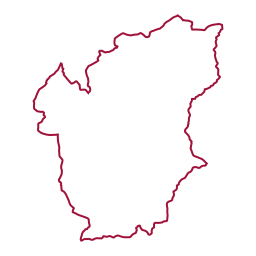 outline of Na Mom, Songkhla, Thailand
{"feature_id": "78962969B5243255389589", "entity_name": "Na Mom", "entity_type": "district", "adm_level": 2, "iso_a3": "THA", "parent_name": "Thailand", "parent_adm1": "Songkhla", "projection": "orthographic", "projection_center": [100.569, 6.95], "detail": "fine", "context": "isolated", "style": "outline", "palette": "rose", "viewbox_px": 256, "rotation_deg": 0, "n_neighbors": 0, "source": "geoboundaries", "source_scale": "gbopen_adm2", "svg_char_len": 5695}
<svg xmlns="http://www.w3.org/2000/svg" viewBox="0 0 256 256"><path d="M222.0,24.9L219.7,24.1L218.8,24.0L214.1,24.6L211.4,25.2L208.6,26.3L206.6,27.8L205.0,29.8L204.1,30.2L201.4,29.8L196.4,29.5L192.3,29.6L192.1,29.4L191.9,29.0L191.7,27.5L191.3,26.1L192.2,24.6L192.1,22.2L190.1,21.3L188.4,20.7L185.4,20.5L183.6,20.1L183.0,20.3L181.8,18.7L180.5,17.3L178.9,16.3L177.7,15.4L176.7,16.1L174.4,16.9L172.9,17.7L169.3,20.4L166.5,22.0L164.6,23.6L163.5,25.5L162.8,26.3L160.0,28.5L158.6,29.0L157.1,29.3L156.5,29.6L155.6,29.8L154.3,30.5L152.8,30.9L150.4,32.0L150.0,32.8L149.3,36.0L148.7,36.7L147.9,37.0L146.7,37.1L145.5,36.8L143.2,34.6L141.3,33.3L140.7,33.1L139.9,33.3L138.1,34.3L137.1,34.5L134.0,34.7L130.9,35.4L128.7,35.1L127.3,34.8L126.1,34.4L123.5,33.3L122.4,33.4L118.4,35.8L114.9,38.4L114.4,41.8L114.6,44.1L115.2,45.5L116.8,46.1L117.5,46.5L117.0,47.6L116.7,47.8L115.5,47.9L113.9,49.0L113.5,49.7L112.8,50.3L111.5,50.7L109.9,51.6L108.5,52.0L106.3,52.1L105.4,52.5L103.3,51.6L102.9,51.2L102.4,51.2L101.9,50.7L101.6,50.8L100.2,50.8L99.4,51.1L99.2,51.5L99.2,52.0L99.7,53.2L100.0,54.2L100.4,54.9L98.5,56.8L97.6,58.7L97.6,58.9L98.2,59.9L98.3,60.5L97.6,61.1L94.5,63.0L91.0,64.9L89.2,65.7L88.6,66.1L88.0,66.8L86.6,69.2L86.0,70.3L86.0,72.0L87.0,76.1L87.8,77.6L88.1,78.7L88.4,81.4L88.3,82.4L87.8,84.3L87.8,85.4L88.3,86.4L89.2,86.7L89.7,87.2L90.2,89.1L90.2,90.2L90.0,91.1L88.7,92.4L88.3,93.0L87.7,92.2L86.9,91.5L86.3,90.5L85.2,89.7L84.3,89.6L80.9,89.8L80.4,89.7L80.0,88.9L79.9,88.1L79.6,84.9L76.6,81.4L76.1,81.3L75.6,81.5L74.1,82.6L71.9,83.6L71.5,83.6L71.1,83.4L67.5,79.3L63.7,74.7L63.6,74.3L63.9,73.6L63.8,73.0L63.5,72.5L62.7,71.9L62.5,71.5L62.6,70.8L63.3,68.8L62.5,68.4L62.0,65.2L61.6,63.7L60.9,63.4L59.3,67.1L57.9,69.9L55.8,71.8L54.2,73.8L49.8,76.6L49.3,77.8L48.4,78.5L47.9,79.2L47.3,79.5L47.1,80.2L46.6,80.7L46.5,81.3L46.0,82.6L46.5,83.3L45.8,84.4L44.7,85.7L39.2,89.5L37.2,93.5L35.3,98.6L34.2,100.1L33.6,101.3L34.1,102.1L34.2,102.8L33.9,107.6L34.5,109.1L35.9,110.1L37.1,111.2L40.7,111.9L42.5,111.7L43.7,112.4L44.0,112.9L43.6,114.7L43.7,115.2L44.5,115.7L45.0,116.8L44.9,117.3L43.0,119.0L41.7,121.7L40.8,122.3L39.0,123.1L38.2,123.9L38.3,126.4L38.0,130.2L38.9,131.3L40.9,132.7L42.9,133.6L46.7,134.6L49.5,135.0L55.6,134.8L57.8,134.5L57.8,137.4L58.0,140.7L58.4,143.0L59.3,147.2L59.1,150.7L59.4,155.4L59.8,156.6L62.3,159.5L62.5,160.2L62.4,161.4L61.2,166.0L61.2,168.3L61.9,170.4L61.8,173.0L61.2,175.4L60.4,176.8L59.7,178.4L59.0,179.4L58.9,179.7L59.2,181.4L59.4,181.7L60.4,182.1L60.8,182.6L61.1,183.3L60.9,184.1L60.9,184.9L61.4,185.5L61.3,187.0L61.5,188.3L61.6,190.2L62.0,190.6L64.0,191.7L65.2,193.2L66.2,194.9L68.8,200.7L69.5,203.0L70.3,204.8L71.2,205.8L73.8,208.1L73.8,208.6L73.1,209.7L72.9,210.3L72.7,211.7L72.8,212.2L75.0,213.1L77.6,214.5L79.3,215.2L85.3,217.3L87.2,218.1L88.1,218.6L88.7,219.5L89.0,223.1L89.7,225.3L89.6,226.2L89.3,226.7L87.9,227.7L87.1,228.9L86.8,229.2L85.7,229.2L85.4,229.3L84.4,230.6L83.3,231.5L82.9,232.1L82.1,233.8L81.8,235.1L80.9,238.0L80.7,239.3L80.9,240.1L81.1,240.5L81.5,240.6L82.0,240.5L83.7,239.4L84.5,239.0L86.2,239.1L88.8,238.9L89.7,239.1L91.2,239.7L91.9,239.8L93.0,239.7L94.6,238.8L96.2,238.3L97.2,238.2L101.4,238.4L102.5,237.8L103.2,236.4L103.5,236.2L106.1,236.7L107.1,236.7L109.4,236.1L110.0,236.0L113.0,237.4L113.5,237.5L114.0,237.4L115.1,236.5L116.2,235.9L117.7,235.5L118.5,235.6L121.6,236.7L123.9,237.2L127.8,237.3L130.1,237.1L130.9,236.6L131.5,235.5L132.8,234.4L133.5,233.9L134.9,233.3L135.8,232.8L136.1,232.3L136.2,231.4L136.7,230.7L136.8,230.2L136.1,228.0L137.5,226.9L137.7,226.1L139.2,225.6L139.6,225.6L140.0,225.8L140.7,228.2L141.4,228.7L142.1,229.9L144.7,230.6L145.7,231.0L147.3,232.3L147.8,233.0L148.1,233.9L148.4,234.3L149.2,234.7L149.7,234.7L150.1,234.6L151.7,233.3L151.7,230.5L152.2,228.8L152.7,228.2L153.9,227.5L154.1,227.2L154.0,224.6L154.2,223.7L154.5,223.2L155.0,222.9L158.6,222.9L162.0,222.5L163.4,221.6L164.3,221.3L166.3,221.1L166.9,220.8L167.1,220.4L167.6,215.6L167.3,212.0L167.4,208.6L166.8,204.8L167.0,203.3L167.4,202.6L168.3,201.8L171.4,200.6L172.2,199.9L172.5,198.1L173.6,196.1L174.1,194.7L173.4,191.8L173.5,191.6L176.1,189.8L176.6,189.2L176.9,188.2L176.9,185.5L178.3,184.8L178.7,184.5L178.8,183.1L179.6,181.8L180.6,180.5L182.2,179.1L184.4,178.2L185.0,177.8L186.4,175.7L187.7,173.5L188.4,172.7L190.1,172.0L191.2,171.1L192.1,169.8L192.6,168.1L193.2,167.5L194.1,167.2L195.6,167.1L196.6,167.2L198.3,167.9L199.2,167.9L199.9,167.7L201.2,166.5L202.1,166.1L203.2,165.7L205.0,165.6L205.5,165.5L205.9,165.1L206.3,164.1L206.8,163.5L202.9,159.7L201.6,158.9L199.5,158.0L194.3,156.0L193.3,155.3L192.4,153.3L191.4,150.3L190.6,148.5L191.3,144.6L191.6,143.5L191.5,142.9L191.2,142.3L191.6,141.4L189.7,139.4L189.4,137.4L188.4,135.4L185.1,131.9L185.0,131.6L185.2,131.0L185.0,130.3L185.5,129.3L187.3,127.3L188.0,126.2L188.0,125.0L188.5,123.9L188.3,122.6L188.8,121.2L188.9,118.4L189.3,116.9L189.8,116.0L190.0,115.3L189.9,114.6L188.4,111.1L188.4,110.0L188.8,108.9L190.6,106.7L190.7,106.1L190.3,103.8L191.7,101.1L192.0,99.9L192.0,99.0L195.1,98.8L195.8,97.1L197.7,96.3L199.0,95.0L199.5,94.9L200.9,94.9L201.5,94.6L204.1,91.9L204.4,91.3L204.8,89.3L207.0,88.8L209.9,87.4L210.4,87.1L210.6,86.3L211.1,85.9L212.4,85.6L213.0,85.3L214.0,83.5L215.3,82.9L216.4,82.2L216.8,81.5L216.9,80.1L218.5,78.9L219.9,77.1L219.9,76.7L218.9,75.8L218.1,74.7L218.3,69.9L218.2,69.1L216.0,66.7L216.1,66.0L217.6,63.7L217.7,63.1L216.7,61.8L215.5,58.3L214.9,55.4L215.4,52.9L215.3,52.3L214.9,51.4L213.8,50.1L213.7,49.7L214.0,49.0L215.5,47.5L216.5,46.0L216.6,45.5L216.2,44.4L215.7,42.1L215.8,41.2L216.6,39.2L216.5,38.8L216.0,37.8L216.0,37.6L216.3,37.2L219.1,35.1L219.1,34.8L218.6,33.2L219.6,32.4L220.0,31.8L220.9,29.7L222.2,29.2L222.4,28.8L222.1,25.5L222.0,24.9Z" fill="none" stroke="#9f1239" stroke-width="2"/></svg>